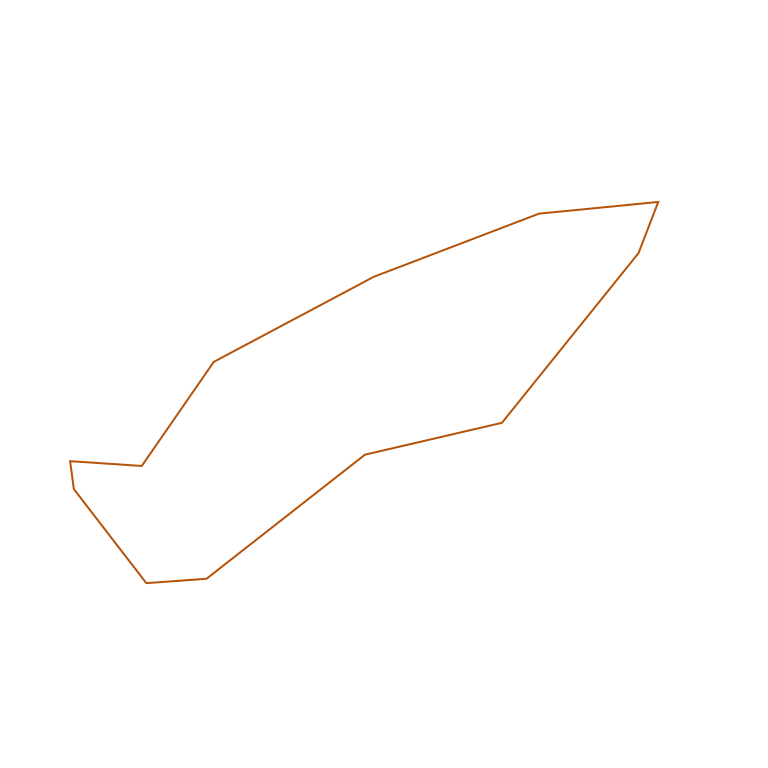 SVG path tracing the border of Bahrain, rotated 245°
{"feature_id": "BHR", "entity_name": "Bahrain", "entity_type": "country or territory", "adm_level": 0, "iso_a3": "BHR", "parent_name": "Asia", "parent_adm1": "", "projection": "natural_earth1", "projection_center": [50.55, 26.027], "detail": "fine", "context": "isolated", "style": "outline", "palette": "amber", "viewbox_px": 768, "rotation_deg": 245, "n_neighbors": 0, "source": "natural_earth", "source_scale": "50m", "svg_char_len": 319}
<svg xmlns="http://www.w3.org/2000/svg" viewBox="0 0 768 768"><g transform="rotate(245 384 384)"><path d="M472.9,596.5L433.1,709.5L395.1,670.0L299.0,474.5L328.0,336.9L282.5,140.8L304.0,84.4L419.8,58.5L446.7,66.9L412.1,129.8L476.0,239.1L485.5,419.9L472.9,596.5Z" fill="none" stroke="#b45309" stroke-width="2"/></g></svg>